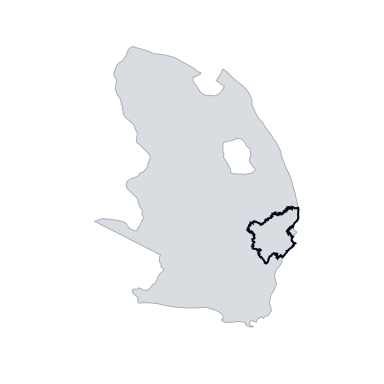 Cacadu, Eastern Cape, South Africa shown in context, rotated 298°
{"feature_id": "47623444B84929106525656", "entity_name": "Cacadu", "entity_type": "district", "adm_level": 2, "iso_a3": "ZAF", "parent_name": "South Africa", "parent_adm1": "Eastern Cape", "projection": "equal_earth", "projection_center": [25.475, -32.951], "detail": "fine", "context": "in_parent", "style": "outline", "palette": "ink", "viewbox_px": 384, "rotation_deg": 298, "n_neighbors": 0, "source": "geoboundaries", "source_scale": "gbopen_adm2", "svg_char_len": 9377}
<svg xmlns="http://www.w3.org/2000/svg" viewBox="0 0 384 384"><g transform="rotate(298 192 192)"><path d="M259.6,67.5L267.7,66.1L271.4,66.9L275.8,69.1L279.9,69.8L286.9,69.1L289.3,69.4L291.1,70.2L292.5,71.3L294.4,80.0L296.0,89.3L295.9,92.3L296.1,93.4L298.0,97.4L298.7,99.8L299.8,101.8L302.2,111.7L302.5,113.4L302.0,137.1L301.0,140.0L301.4,143.7L300.2,144.2L293.4,139.4L292.2,139.6L290.2,141.4L288.4,144.2L287.5,146.5L283.9,152.9L283.6,156.9L283.9,160.4L285.0,160.5L285.8,163.0L287.6,167.0L290.7,169.5L293.6,170.6L297.7,170.9L301.0,170.9L300.8,168.2L301.7,161.0L307.1,161.9L315.1,161.7L314.5,166.3L311.3,176.9L309.2,188.7L306.7,194.7L305.3,197.2L301.4,201.5L299.3,203.0L297.6,203.4L290.8,212.2L288.3,216.4L286.0,222.6L283.8,225.9L280.5,233.1L274.8,243.7L270.0,250.6L267.8,252.6L266.4,253.5L262.7,257.5L257.3,263.9L253.3,269.6L247.2,276.1L243.8,278.9L238.5,284.4L237.1,285.3L231.2,290.4L227.0,293.5L220.2,297.1L217.6,298.1L211.2,297.2L208.5,297.7L206.2,299.9L206.0,303.0L205.1,303.4L199.2,302.0L196.8,302.3L195.4,303.9L194.2,306.0L190.9,306.1L184.9,304.0L177.8,302.6L176.2,302.5L172.8,304.1L171.6,304.3L166.6,304.0L163.8,303.0L161.2,303.0L159.1,303.8L156.7,304.1L150.1,310.0L146.7,310.0L143.8,310.6L138.5,309.9L137.0,310.2L135.4,311.2L131.9,311.7L130.5,312.6L124.6,317.9L122.1,317.3L119.0,317.3L115.4,314.4L114.1,314.6L114.4,313.8L114.5,312.3L113.2,310.7L111.8,310.8L111.0,309.5L108.9,309.4L107.2,309.8L106.7,304.9L105.9,304.4L103.7,304.3L102.7,304.4L102.2,304.9L101.7,306.0L101.8,309.5L101.0,308.5L100.1,306.4L99.8,304.2L100.0,301.6L101.6,300.6L101.0,297.3L98.4,291.6L96.8,290.4L95.5,287.4L94.3,286.3L93.7,284.3L92.5,282.6L92.1,280.0L92.7,278.5L93.7,277.7L94.7,279.0L96.0,278.5L97.8,276.6L98.8,273.7L98.8,269.2L98.4,266.3L96.8,258.8L96.0,257.1L92.6,251.8L88.5,244.6L83.3,233.3L80.8,226.5L76.8,212.7L73.5,204.9L69.4,197.6L68.9,197.1L69.5,196.2L71.5,194.5L72.4,194.0L72.9,194.3L73.4,193.8L73.8,192.6L74.1,190.0L75.0,187.3L75.8,186.1L77.7,185.4L79.1,186.4L79.7,187.4L80.0,188.7L80.6,189.4L81.6,189.3L82.3,190.1L82.8,191.8L82.7,193.0L82.2,193.8L82.3,194.8L83.0,196.0L83.9,198.7L87.7,200.1L89.8,200.3L91.8,200.9L93.7,202.1L96.8,202.4L101.1,201.8L104.7,202.1L107.5,203.3L109.5,203.5L110.8,202.7L111.3,201.7L111.1,200.3L111.7,199.4L113.1,199.0L114.2,198.0L115.0,196.2L117.0,194.8L120.0,193.7L121.6,193.8L120.4,119.8L126.0,124.9L127.3,127.3L130.1,134.3L133.0,142.9L133.5,147.0L133.4,147.9L130.6,153.5L130.6,156.3L130.9,159.5L131.6,161.1L132.4,161.7L134.4,160.9L137.4,161.7L143.2,161.3L146.1,161.8L146.8,161.5L147.4,160.8L148.2,158.9L148.8,158.2L151.5,157.4L152.7,156.3L154.6,152.4L160.3,147.2L160.9,146.0L164.4,133.6L165.5,131.8L167.1,130.7L170.2,129.7L172.1,130.2L174.1,131.3L176.4,133.1L179.8,136.5L180.9,137.0L184.3,137.1L186.4,139.4L192.7,140.9L194.5,140.8L196.5,139.6L199.7,139.6L203.2,138.8L205.3,136.6L209.4,123.0L209.8,120.0L210.3,119.2L213.6,117.7L217.6,116.5L218.5,115.9L221.0,112.1L224.3,108.9L226.7,98.0L228.2,95.4L229.1,94.3L229.7,94.3L230.6,93.6L231.7,92.3L233.0,91.4L234.5,91.1L235.5,90.2L235.9,88.8L236.7,88.0L237.8,88.1L238.5,87.6L238.6,86.6L241.1,84.3L241.2,83.3L242.6,81.0L245.4,77.3L248.1,75.3L250.5,74.8L255.1,73.0L256.7,71.2L257.8,68.8L259.6,67.5ZM250.5,227.1L254.5,225.3L257.4,222.9L258.1,218.6L260.4,216.0L261.3,213.5L261.9,210.1L260.7,206.5L258.8,205.4L255.5,202.3L254.1,200.2L252.1,198.5L250.7,196.4L248.4,197.0L244.8,198.8L242.6,200.3L240.7,202.2L237.4,203.5L234.2,209.4L233.2,210.7L230.7,215.0L227.2,217.1L227.1,217.9L228.2,221.4L229.8,224.8L231.5,227.7L231.4,229.4L232.0,230.8L233.5,231.7L236.1,235.3L237.4,236.4L241.3,237.2L241.9,237.0L242.9,234.9L243.1,233.4L245.8,228.9L246.9,227.5L250.5,227.1Z" fill="#d9dde1" stroke="#a8b0b8" stroke-width="1"/><path d="M210.4,273.2L208.9,273.5L208.4,273.2L208.2,274.4L206.9,274.1L206.8,273.6L206.3,273.8L206.1,273.3L205.8,272.8L205.6,272.7L205.4,272.8L205.1,272.8L204.5,271.6L204.2,271.7L203.9,271.9L202.9,272.2L202.5,272.0L202.8,271.2L202.7,271.2L202.3,270.7L202.0,270.5L202.0,269.9L201.2,270.0L200.8,270.6L200.1,270.5L199.8,270.7L199.4,270.2L199.1,270.3L198.6,269.6L197.8,269.2L197.5,269.4L197.4,269.1L197.0,269.1L197.0,268.9L196.7,268.8L196.4,268.9L195.9,268.6L195.5,268.6L195.3,268.2L195.3,267.6L195.4,267.3L195.6,267.2L195.8,267.3L195.8,267.0L196.0,266.6L196.0,266.3L196.2,266.0L196.0,265.3L195.9,265.3L195.8,264.9L195.9,264.0L195.8,263.5L195.5,262.8L195.8,262.5L195.7,261.8L195.5,261.6L195.4,261.2L195.3,261.3L195.1,260.6L194.8,260.8L194.5,260.7L194.4,260.3L193.8,259.7L193.2,260.1L193.3,259.8L193.0,259.8L193.0,259.6L192.9,259.6L192.7,259.7L192.2,259.3L192.3,258.9L191.4,258.6L191.6,258.3L191.3,258.4L191.2,258.3L191.4,257.8L191.1,258.1L191.0,258.5L190.4,258.6L190.4,258.8L190.1,259.2L189.5,259.1L189.4,258.1L188.4,258.3L188.0,257.8L188.2,258.2L187.0,258.3L186.7,258.5L186.6,259.0L186.1,259.3L185.9,259.1L185.9,259.3L185.3,258.9L184.3,258.8L184.1,259.3L184.2,259.9L184.7,260.2L184.6,260.4L184.2,260.4L184.2,261.0L183.8,260.9L183.5,261.7L183.5,262.1L184.0,262.0L184.1,261.9L184.4,262.0L184.9,262.4L184.7,262.6L185.2,263.0L184.7,263.8L184.8,264.0L184.5,264.1L184.5,264.3L184.0,264.1L183.9,264.7L184.1,264.9L184.0,265.1L183.8,265.0L183.6,265.1L183.6,265.3L183.4,266.1L183.6,265.5L184.0,265.8L184.0,266.3L183.5,266.8L183.5,267.1L182.5,267.0L182.6,267.4L182.4,267.7L181.8,267.7L181.4,267.9L181.1,268.4L180.8,268.4L180.4,268.9L179.8,268.6L179.0,267.7L178.6,267.4L178.3,267.8L177.7,268.2L177.5,268.5L177.2,268.5L176.9,269.7L177.3,270.3L177.1,270.6L173.9,270.2L173.4,271.5L172.5,271.0L172.2,270.7L171.9,271.6L171.6,271.8L171.3,271.7L170.6,272.2L171.0,273.0L171.0,273.9L171.6,274.7L171.9,275.8L171.8,276.6L171.3,277.0L172.3,277.6L172.6,278.1L172.6,278.8L173.2,278.8L173.0,280.0L171.9,279.7L171.1,279.3L170.4,279.2L170.2,278.9L169.6,278.8L168.7,279.5L169.1,280.6L168.9,280.9L167.5,280.9L167.5,281.4L166.7,282.4L167.0,283.3L166.5,283.6L166.5,283.8L166.8,284.3L166.8,284.8L165.9,286.1L165.7,287.0L165.2,287.7L164.4,289.4L164.2,289.4L164.2,289.7L163.7,289.7L163.7,291.1L164.4,291.5L164.2,291.5L166.6,291.7L168.5,291.2L169.2,291.2L169.5,290.9L171.9,290.9L172.9,292.3L172.7,292.0L174.4,292.1L174.8,292.0L175.0,292.4L176.4,293.0L176.3,294.5L176.6,294.4L176.6,294.9L177.4,295.5L177.4,296.4L176.1,296.4L175.7,296.0L175.7,296.4L175.5,296.6L175.5,297.0L174.5,297.3L174.0,297.3L173.9,298.2L173.4,298.8L174.7,299.0L174.7,298.7L175.2,298.6L175.7,298.8L175.8,299.5L176.5,299.5L177.9,300.1L177.6,300.5L177.0,300.7L177.2,301.0L176.9,301.1L177.0,301.4L176.9,301.5L176.9,301.8L177.0,302.0L177.0,302.6L178.6,302.9L180.0,303.3L180.6,303.4L180.8,303.3L183.9,304.0L184.1,303.9L185.0,304.1L185.0,303.9L185.3,304.2L186.7,304.7L187.8,304.8L189.4,306.0L190.3,306.2L191.1,306.5L191.0,306.3L191.2,306.2L191.6,306.1L192.6,306.5L192.9,306.4L193.4,306.6L193.8,306.6L194.4,306.9L194.3,306.7L194.9,306.6L194.3,306.0L194.5,305.5L195.6,304.3L195.8,303.4L195.7,303.1L195.9,302.8L196.7,302.3L197.9,302.1L199.0,302.0L200.0,302.2L200.1,301.8L200.0,301.6L199.8,301.3L199.6,301.3L199.5,301.2L199.8,300.5L200.6,300.6L199.9,300.4L200.3,300.1L200.0,299.8L200.5,298.9L200.7,298.4L201.1,298.3L201.2,298.2L200.9,298.0L201.1,297.5L200.4,296.8L200.2,296.8L200.4,296.6L200.7,296.8L201.1,297.0L201.5,297.5L201.6,297.2L201.8,297.3L201.9,297.0L201.6,296.8L201.8,296.4L201.2,295.8L201.6,295.7L201.4,295.4L201.8,294.2L202.6,294.3L203.1,294.1L204.1,294.5L203.9,295.3L204.8,295.6L204.9,295.0L205.9,294.9L205.9,295.2L206.5,295.3L206.6,295.6L206.7,295.4L206.6,295.1L206.8,295.1L207.0,295.6L207.0,295.4L207.5,295.6L207.5,296.1L208.1,296.8L208.3,296.9L208.3,296.6L209.1,296.3L209.4,297.0L209.1,297.4L210.7,297.1L212.5,297.1L214.0,297.5L215.6,298.2L216.0,298.3L216.8,298.1L218.1,298.4L219.4,297.9L220.0,297.4L220.4,297.3L220.7,297.0L221.5,296.6L221.6,296.4L222.1,296.1L223.9,295.5L225.0,294.7L226.0,294.5L226.1,294.3L226.5,294.1L226.8,293.8L227.5,293.6L227.9,293.2L227.0,292.5L226.9,292.0L226.7,291.9L226.6,291.4L226.2,291.1L226.0,290.5L225.7,290.2L225.9,289.7L226.0,289.1L225.8,288.7L225.5,288.5L225.7,288.3L226.0,288.5L226.1,288.3L225.7,287.9L225.3,288.0L225.6,287.7L225.3,287.1L225.3,286.9L225.4,286.7L224.8,286.6L224.8,287.1L224.6,287.3L224.4,287.2L224.5,286.9L224.3,286.8L224.4,286.7L224.2,286.7L224.2,287.1L224.1,287.3L223.6,287.4L223.6,287.2L223.8,287.1L224.0,286.9L223.6,286.8L223.6,286.4L223.3,285.9L223.5,285.7L223.7,285.9L223.8,285.8L223.9,285.3L224.2,284.9L224.1,284.5L224.0,284.3L223.9,284.4L223.8,284.9L223.6,285.0L223.4,284.7L223.4,284.2L223.2,284.1L222.8,285.0L222.7,285.1L222.6,284.9L223.0,284.3L223.1,283.4L223.0,283.2L222.8,283.3L222.8,283.9L222.7,284.1L222.3,284.0L222.1,284.5L221.9,284.4L221.8,284.2L221.4,284.5L221.1,284.0L220.9,284.3L220.6,284.3L220.7,284.0L220.5,283.8L220.5,283.5L220.5,283.3L219.9,283.7L220.0,283.2L219.9,282.6L219.7,283.2L219.3,283.0L218.9,283.2L219.0,282.6L218.8,282.3L218.6,282.4L218.6,282.9L218.4,283.0L218.2,282.9L218.2,282.4L218.1,282.7L217.8,282.3L217.0,282.9L216.6,282.7L216.6,282.1L215.4,282.2L215.5,281.4L215.4,281.1L215.2,281.0L215.2,281.3L214.8,280.9L214.5,281.0L214.6,280.6L214.4,280.7L214.2,280.8L214.1,280.6L214.0,280.4L213.9,280.6L213.8,280.4L214.1,279.7L214.9,279.8L214.9,279.4L214.4,278.9L214.3,278.5L214.0,278.8L212.9,278.9L212.7,278.8L212.3,279.2L212.1,279.1L211.8,278.8L212.3,277.3L211.7,277.0L212.0,276.7L212.0,276.2L212.4,276.3L213.2,275.5L213.1,275.2L212.7,274.9L212.5,274.6L211.8,274.4L211.7,274.6L211.0,274.5L210.8,274.7L210.5,274.4L210.3,273.5L210.4,273.2Z" fill="none" stroke="#020617" stroke-width="2"/></g></svg>